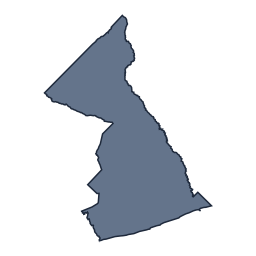 the district of Necochea, Buenos Aires, Argentina
{"feature_id": "61730980B86190537601519", "entity_name": "Necochea", "entity_type": "district", "adm_level": 2, "iso_a3": "ARG", "parent_name": "Argentina", "parent_adm1": "Buenos Aires", "projection": "orthographic", "projection_center": [-59.026, -38.176], "detail": "fine", "context": "isolated", "style": "filled", "palette": "slate", "viewbox_px": 256, "rotation_deg": 0, "n_neighbors": 0, "source": "geoboundaries", "source_scale": "gbopen_adm2", "svg_char_len": 5820}
<svg xmlns="http://www.w3.org/2000/svg" viewBox="0 0 256 256"><path d="M134.1,57.6L134.1,56.6L133.7,55.9L134.4,55.3L134.2,54.6L134.3,54.0L134.2,53.3L133.2,52.5L133.6,51.6L133.4,50.3L132.7,49.8L132.4,49.1L131.3,48.1L131.2,47.1L130.9,46.7L131.0,46.0L131.2,45.6L130.7,44.8L130.4,43.8L129.3,43.2L128.7,42.3L128.6,41.7L128.2,41.3L126.6,41.5L126.3,41.2L126.4,40.8L126.2,40.1L125.4,39.6L125.2,38.0L125.6,37.2L125.2,36.2L125.4,35.5L125.0,35.1L124.9,32.8L124.6,32.3L124.9,31.7L124.9,30.9L125.6,29.2L126.0,26.7L126.6,25.8L126.8,25.0L127.4,24.2L127.4,23.7L126.8,22.0L126.6,19.8L126.2,19.2L126.0,18.5L125.1,17.5L123.6,16.8L122.3,15.4L111.3,27.1L111.2,27.5L111.5,27.8L111.3,28.0L111.2,28.8L109.5,30.0L109.4,30.6L108.5,31.2L108.4,31.7L108.1,31.8L108.1,32.4L107.9,32.2L106.6,32.9L105.2,34.4L103.0,36.3L101.4,36.5L100.7,37.0L100.1,37.8L97.6,39.1L97.1,39.8L96.4,40.3L96.1,40.8L96.0,41.3L95.4,42.0L94.5,42.4L93.9,43.2L92.9,43.9L44.5,92.9L45.3,93.7L46.7,94.5L46.6,95.2L46.9,95.9L47.5,96.0L48.8,97.3L49.7,97.4L51.6,98.6L51.3,99.3L51.8,100.0L51.9,100.9L53.1,101.7L54.5,101.9L55.1,101.7L55.8,101.7L56.2,102.0L58.1,102.4L59.3,103.3L60.1,103.3L61.7,104.0L62.8,103.9L63.6,104.5L64.2,104.5L64.9,104.9L65.2,104.9L65.6,104.3L66.4,104.2L68.4,106.4L70.2,107.2L71.0,108.5L71.4,108.8L72.8,109.0L73.4,109.5L75.7,110.3L77.1,111.2L79.7,112.0L80.5,112.6L81.4,112.5L82.2,113.0L82.3,113.3L84.1,114.1L85.7,115.2L85.8,115.5L87.2,115.7L90.4,115.2L93.4,115.7L94.4,115.5L95.7,115.7L96.0,116.3L96.9,116.8L99.3,117.9L100.2,117.8L101.5,118.4L102.3,119.2L103.7,119.8L104.0,120.0L104.2,121.1L104.6,121.3L105.4,121.3L108.5,122.0L109.4,121.9L110.1,122.2L112.1,122.2L113.0,123.5L102.6,133.9L100.3,144.0L98.7,147.2L98.4,148.5L97.2,150.2L96.5,151.8L96.5,152.8L95.8,153.7L96.5,154.9L96.7,154.7L97.2,155.0L97.8,155.9L97.8,156.2L98.5,157.2L98.6,157.8L97.8,159.5L97.9,160.3L99.0,162.3L99.2,163.3L99.9,164.4L101.1,168.2L101.7,169.8L87.7,184.7L97.0,193.5L99.0,193.4L98.3,202.4L97.9,203.2L97.4,203.7L92.0,207.0L81.6,211.2L81.7,211.5L82.6,212.0L82.6,213.0L83.9,213.0L83.8,214.3L84.6,214.1L84.5,213.2L85.1,213.0L85.3,212.5L86.5,213.0L86.7,212.6L87.4,212.1L87.5,212.8L88.0,212.9L88.1,213.5L87.9,213.7L87.6,216.0L87.3,216.4L87.3,216.9L87.0,217.4L87.0,217.8L87.5,218.6L88.0,218.9L88.0,219.3L89.1,218.9L89.4,219.5L89.2,220.1L89.6,220.7L89.7,221.4L90.3,222.8L90.1,223.2L90.9,224.6L91.3,224.9L91.7,225.5L92.0,225.3L93.3,225.3L93.4,225.6L93.1,225.9L93.2,227.1L93.7,228.7L94.3,229.2L94.6,230.3L94.5,230.8L95.0,232.3L96.6,234.0L97.0,235.2L97.6,235.9L99.0,236.3L99.0,237.0L99.8,237.5L100.0,238.3L99.5,239.6L99.2,239.9L99.3,240.3L99.4,240.1L100.6,240.6L103.6,239.4L106.0,239.1L114.9,236.6L120.6,235.9L123.0,235.7L126.3,235.2L128.4,234.5L133.9,233.6L139.6,231.4L146.4,229.9L148.6,229.2L149.8,229.1L150.1,228.3L150.8,227.7L156.8,225.7L160.2,225.0L160.8,224.2L164.0,222.6L178.8,217.9L180.1,216.7L183.2,215.1L185.9,213.8L189.0,212.8L193.4,210.8L196.0,210.0L198.5,209.6L199.2,210.1L200.5,211.0L200.0,210.4L199.3,210.1L199.6,209.1L200.3,208.4L203.9,207.4L205.8,207.3L211.5,205.8L197.8,192.3L193.3,196.8L192.6,196.5L192.5,195.9L193.5,195.0L192.7,194.4L192.8,193.7L192.4,193.1L192.3,192.5L191.7,192.4L191.2,191.9L191.1,191.3L190.8,190.9L190.9,190.7L191.9,190.5L192.5,189.9L192.6,189.4L191.9,189.1L191.3,188.4L190.6,188.4L189.9,187.6L190.3,186.4L189.4,185.3L189.9,184.0L189.1,183.1L189.3,182.8L189.2,182.6L188.3,182.3L188.1,181.9L188.2,181.3L187.9,180.7L187.3,180.4L187.5,179.6L188.2,179.3L187.8,178.3L186.9,177.7L186.9,177.4L187.3,177.0L187.3,176.3L186.3,175.6L185.9,175.6L186.2,174.3L185.4,173.8L185.2,173.4L185.4,172.3L185.6,172.1L185.6,171.3L186.2,171.0L185.6,170.0L185.6,169.8L186.1,169.2L186.0,168.6L185.2,168.0L185.2,167.3L184.6,166.6L184.8,166.0L184.7,165.8L184.2,165.6L183.7,164.7L183.3,163.5L182.9,163.2L183.0,162.2L181.7,161.1L181.3,161.2L181.4,159.5L181.9,158.9L181.0,158.3L180.8,157.7L180.9,157.1L180.8,156.9L179.7,156.5L179.1,155.0L177.7,154.2L176.5,152.7L175.8,152.4L174.3,152.5L173.5,151.7L172.9,151.6L172.7,151.3L172.2,150.3L172.2,149.3L170.7,148.2L171.1,146.7L170.0,146.2L169.4,145.3L168.7,144.9L167.5,143.1L167.0,142.9L166.4,141.9L166.6,141.1L167.4,141.0L167.4,140.7L166.7,140.3L167.2,139.3L167.1,139.1L166.4,138.9L166.4,137.9L166.7,137.8L166.6,137.3L165.9,136.7L165.8,136.4L166.0,135.9L165.6,135.5L165.2,135.4L165.2,134.7L164.8,134.3L165.3,133.1L164.2,132.6L164.0,132.3L164.3,132.1L164.4,131.5L164.3,131.3L163.1,130.3L162.6,130.4L161.8,130.0L161.7,129.7L161.9,129.4L161.3,129.6L160.9,128.8L160.8,129.0L159.4,129.3L159.4,128.7L159.2,128.3L159.7,127.7L159.5,126.8L159.7,126.6L159.3,126.1L159.3,125.8L159.5,125.6L159.0,125.5L159.0,123.8L158.3,123.6L158.6,123.4L158.5,123.2L158.0,123.3L156.6,122.5L156.4,121.6L155.3,121.1L155.2,119.6L154.0,118.9L153.6,118.2L153.8,117.6L153.3,116.8L153.1,116.9L151.3,115.9L150.9,115.0L149.8,114.4L149.3,113.5L147.6,112.1L146.4,110.2L145.6,110.1L145.7,108.6L145.2,108.0L144.6,107.9L144.4,107.5L144.4,106.2L144.5,105.7L143.8,105.0L143.6,103.8L143.2,103.3L143.1,102.0L141.8,101.0L141.6,100.6L141.0,100.0L141.0,99.7L140.2,99.2L139.7,98.6L139.5,97.8L139.2,97.3L139.3,96.7L138.3,96.5L137.6,95.4L136.5,95.5L135.8,94.6L134.4,94.2L133.7,93.2L133.8,92.3L132.9,92.2L132.5,91.7L131.8,91.6L131.8,90.4L131.9,90.1L131.6,88.9L131.7,88.3L131.5,87.3L130.7,86.0L130.2,85.8L129.7,85.3L128.8,85.5L128.1,84.7L128.0,83.7L127.2,82.9L126.9,81.3L125.4,80.5L125.0,79.7L124.9,78.7L125.0,77.3L124.8,76.5L125.2,75.7L124.9,75.4L124.9,74.6L125.3,74.1L125.3,73.6L124.8,73.0L125.5,72.3L125.2,71.6L125.4,71.1L125.0,69.8L125.3,69.0L125.6,68.8L125.6,68.3L125.9,67.8L126.7,67.5L126.7,67.1L127.2,66.5L127.6,66.6L127.7,65.9L127.9,65.5L128.5,65.4L129.4,64.8L130.1,64.9L130.9,64.3L130.8,63.6L131.2,62.9L131.3,62.4L131.1,62.0L132.2,61.5L132.7,61.5L133.0,61.0L133.5,61.1L134.3,60.2L134.0,59.3L134.5,58.8L134.6,58.4L134.5,57.9L134.1,57.6Z" fill="#64748b" stroke="#1e293b" stroke-width="1.5"/></svg>